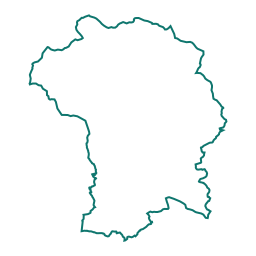 outline of Vorta, Hunedoara, Romania
{"feature_id": "2599482B10924602672216", "entity_name": "Vorta", "entity_type": "district", "adm_level": 2, "iso_a3": "ROU", "parent_name": "Romania", "parent_adm1": "Hunedoara", "projection": "robinson", "projection_center": [22.662, 46.052], "detail": "fine", "context": "isolated", "style": "outline", "palette": "teal", "viewbox_px": 256, "rotation_deg": 0, "n_neighbors": 0, "source": "geoboundaries", "source_scale": "gbopen_adm2", "svg_char_len": 5713}
<svg xmlns="http://www.w3.org/2000/svg" viewBox="0 0 256 256"><path d="M207.7,218.1L208.0,216.8L208.2,214.8L209.0,213.6L210.5,211.3L208.9,210.4L208.6,209.9L207.3,209.6L206.4,208.4L205.7,206.9L205.3,206.0L205.7,204.4L206.3,203.6L206.9,202.7L207.2,202.6L208.1,201.2L209.2,200.9L210.2,198.2L209.2,197.5L209.0,197.0L208.1,197.0L207.7,196.7L207.5,194.8L207.8,193.7L208.7,192.7L209.2,191.9L209.5,190.1L208.8,188.7L207.2,187.5L207.0,186.8L206.4,185.7L205.2,184.3L203.8,183.3L203.6,182.9L202.9,182.9L202.0,182.5L200.2,182.2L199.0,181.7L198.9,181.5L199.7,180.0L200.4,179.0L203.0,178.3L205.4,177.1L206.3,176.3L206.7,175.5L206.8,174.5L207.1,173.8L206.9,172.8L206.6,172.0L205.4,170.6L205.0,169.6L204.6,169.2L204.3,169.2L202.3,169.8L201.7,169.2L200.5,169.3L198.6,169.6L197.8,169.6L196.8,169.3L196.1,168.4L195.9,167.9L195.8,167.4L195.9,166.3L195.6,164.4L200.8,162.8L201.2,162.2L200.8,158.5L201.6,157.7L203.0,156.8L204.0,155.4L204.1,154.1L204.5,152.5L203.4,152.4L202.9,152.5L202.6,152.5L201.6,150.9L201.5,149.8L200.9,147.8L201.0,147.5L202.4,147.1L203.5,145.9L209.1,143.0L209.8,142.7L212.2,142.5L212.7,142.2L213.6,140.3L214.7,139.1L215.7,138.4L216.1,137.7L216.1,136.8L217.9,135.4L219.0,134.3L219.2,133.1L219.6,132.4L220.2,131.7L223.0,130.3L221.6,129.9L220.0,129.6L219.7,128.4L220.4,128.1L222.9,127.6L223.9,126.7L224.5,125.5L224.8,123.3L225.5,122.6L226.2,121.8L226.4,121.5L226.0,119.8L224.4,119.0L221.7,115.9L221.3,114.5L221.8,113.1L221.5,111.8L222.0,109.1L223.3,108.0L223.2,107.6L221.6,106.6L220.3,104.5L216.6,100.2L215.3,99.8L213.5,98.7L213.1,96.4L212.8,93.4L212.5,92.8L212.2,92.0L211.5,90.2L212.0,87.2L212.0,85.5L211.1,83.0L210.4,81.8L207.3,80.1L205.3,78.6L204.1,76.4L202.9,75.0L201.9,74.3L200.4,73.1L199.6,73.1L197.0,72.9L196.1,73.0L196.9,71.7L197.9,69.2L198.8,67.8L199.7,67.3L200.6,65.3L200.6,64.4L199.9,63.7L200.2,62.1L201.0,58.4L201.7,57.1L203.5,54.6L203.4,51.3L197.5,48.7L196.1,47.4L193.7,44.2L192.2,42.7L190.2,41.9L186.5,42.2L180.6,40.8L177.3,38.5L175.1,38.0L174.2,33.9L170.5,26.1L168.5,28.2L166.6,29.4L165.0,29.5L164.2,28.3L163.0,27.1L159.3,25.8L158.6,25.2L157.9,24.3L156.1,23.8L152.3,23.9L151.9,22.9L147.7,21.1L144.3,20.5L138.7,18.0L136.7,18.0L135.5,18.1L134.6,18.4L134.2,18.9L133.9,19.4L134.0,20.6L133.2,21.9L132.6,22.2L131.0,22.5L130.6,22.4L129.3,22.3L126.7,23.4L123.3,22.1L122.4,22.3L121.7,22.8L120.0,23.4L118.2,24.6L117.0,26.3L115.3,27.6L113.1,27.7L111.4,27.1L108.5,28.0L106.6,27.3L103.9,25.6L101.8,23.9L100.0,21.8L96.4,18.6L94.4,17.6L90.0,16.3L89.0,15.4L85.2,16.7L82.9,17.9L81.7,17.8L80.4,19.0L79.5,20.0L77.4,21.2L77.0,22.3L77.3,24.5L75.9,27.1L76.4,29.7L77.8,31.8L80.1,34.2L81.7,36.1L82.8,38.0L81.5,39.0L77.6,40.2L75.3,39.4L71.3,42.4L68.7,46.5L66.2,47.8L64.7,48.1L63.4,49.3L61.7,50.2L60.0,49.9L57.8,49.6L54.8,50.5L52.3,49.9L50.8,49.3L48.5,47.3L47.5,47.1L42.6,53.3L41.9,57.7L38.0,61.5L34.5,62.4L32.7,63.5L32.3,64.2L33.0,65.5L32.3,67.9L32.5,68.7L31.5,70.7L29.9,74.6L29.9,75.2L30.7,78.5L30.3,81.3L30.0,82.8L29.6,83.5L29.9,84.4L32.8,83.5L35.9,83.5L38.6,85.2L41.2,85.6L42.9,88.7L46.9,91.2L47.0,95.1L48.4,96.2L48.8,98.7L50.1,99.6L51.5,99.2L54.5,99.4L55.9,102.0L57.4,108.5L61.7,114.9L67.7,115.0L70.6,116.1L73.3,115.5L77.4,116.3L85.4,120.7L88.1,128.7L89.1,131.8L89.4,133.9L87.8,135.8L87.2,137.7L87.7,140.7L87.3,142.6L86.5,143.4L86.6,145.1L86.9,146.3L86.9,147.7L87.6,149.2L87.8,150.0L88.1,150.5L88.3,152.0L88.7,153.0L88.8,154.4L88.6,156.0L88.3,157.3L88.3,157.9L89.2,158.7L89.2,159.1L90.2,160.7L90.6,161.1L90.8,161.5L91.8,162.7L92.1,163.0L92.1,163.3L94.0,164.3L94.0,164.8L94.7,165.8L94.8,166.5L95.1,167.1L95.2,168.0L95.4,168.8L95.9,169.5L96.0,169.9L95.7,170.7L96.1,172.4L96.3,172.8L96.2,173.5L94.8,173.6L94.9,174.9L94.5,175.0L93.8,174.3L93.2,174.0L92.2,174.3L93.3,176.7L94.2,177.3L94.6,177.9L95.7,178.0L96.0,178.5L95.0,179.3L94.5,179.9L94.1,181.7L94.2,182.7L94.7,184.0L94.9,184.8L94.8,185.3L93.5,185.9L93.2,186.2L92.0,186.4L91.4,187.3L89.7,187.4L89.3,187.6L89.3,187.9L89.4,188.6L89.6,189.0L90.3,189.1L90.3,189.8L90.6,189.9L90.8,190.2L90.6,191.0L90.9,191.7L91.3,192.0L91.3,192.3L90.9,192.5L90.0,192.6L89.8,192.9L91.2,195.0L91.8,195.5L92.1,196.0L92.3,196.8L93.0,197.7L94.4,200.5L94.4,201.0L94.0,202.8L93.6,204.8L93.7,205.4L95.0,207.2L94.0,207.5L93.0,209.0L92.3,209.7L90.9,210.7L90.5,211.1L90.6,212.2L90.4,212.9L88.0,214.1L83.5,214.8L83.7,215.5L83.7,216.2L83.6,218.8L83.2,219.6L82.5,220.2L82.3,220.7L82.5,220.9L82.6,221.3L82.7,221.6L82.5,221.9L82.6,222.3L81.6,231.2L84.5,230.7L86.2,230.9L86.9,230.7L87.2,230.9L88.8,231.2L89.2,231.4L89.7,231.3L91.3,231.4L92.1,231.7L93.1,232.0L93.8,232.3L94.2,232.2L96.7,233.2L98.3,233.2L101.0,233.1L102.0,233.1L103.0,233.6L103.6,233.5L104.5,234.3L104.7,235.1L105.4,235.6L107.6,236.4L108.7,236.2L109.0,235.9L109.8,234.6L110.4,234.0L110.8,233.7L110.9,233.3L111.5,232.2L111.7,231.8L112.3,231.3L114.7,231.6L115.9,231.5L116.2,231.5L116.6,232.1L116.6,233.1L116.8,233.3L118.0,232.9L119.9,232.5L120.3,232.8L120.7,233.5L121.9,234.6L122.3,235.2L122.9,236.7L124.1,237.5L124.5,238.1L124.6,239.9L124.4,240.6L125.0,240.5L125.7,240.1L127.2,238.9L127.3,237.2L127.9,236.8L128.9,236.6L131.6,237.3L133.1,236.7L134.6,235.6L135.5,236.3L137.4,234.3L137.4,233.2L139.7,230.5L140.3,230.5L140.6,229.8L141.6,229.4L142.9,229.1L146.3,226.8L147.4,225.6L148.7,224.4L150.5,224.1L151.0,223.9L150.9,222.6L152.1,222.4L152.0,221.8L151.0,221.9L149.4,219.5L148.9,217.9L149.5,216.6L148.6,214.9L147.2,213.5L148.5,212.6L150.3,211.6L152.3,212.2L154.0,211.8L155.8,212.0L157.5,212.0L161.0,211.1L163.0,209.3L164.5,208.9L166.2,209.0L168.1,208.9L168.6,208.1L168.0,205.0L166.8,201.6L165.9,198.3L167.8,197.5L169.1,197.2L173.8,198.8L180.0,201.4L183.6,203.5L185.3,204.8L186.1,208.0L187.6,208.9L190.0,209.4L192.6,210.2L195.1,211.8L196.2,212.3L201.3,213.5L203.4,214.6L205.7,217.8L207.7,218.1Z" fill="none" stroke="#0f766e" stroke-width="2"/></svg>